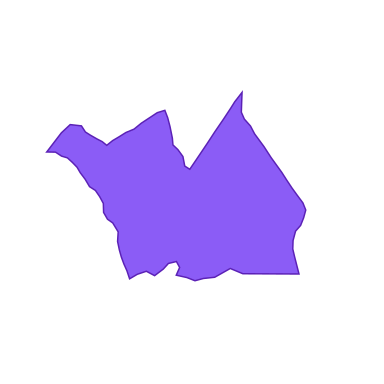 outline of Pindoretama, Ceará, Brazil, rotated 226°
{"feature_id": "56859067B47488412612818", "entity_name": "Pindoretama", "entity_type": "district", "adm_level": 2, "iso_a3": "BRA", "parent_name": "Brazil", "parent_adm1": "Ceará", "projection": "natural_earth1", "projection_center": [-38.296, -4.057], "detail": "fine", "context": "isolated", "style": "filled", "palette": "violet", "viewbox_px": 384, "rotation_deg": 226, "n_neighbors": 0, "source": "geoboundaries", "source_scale": "gbopen_adm2", "svg_char_len": 1212}
<svg xmlns="http://www.w3.org/2000/svg" viewBox="0 0 384 384"><g transform="rotate(226 192 192)"><path d="M58.7,212.0L74.3,220.9L81.0,224.9L86.9,231.0L91.9,239.3L92.5,246.9L95.9,254.4L100.0,261.3L107.1,264.2L117.1,265.5L125.5,266.7L134.8,268.4L143.7,270.2L161.8,272.8L174.6,275.3L182.0,276.3L190.3,277.4L198.8,279.9L208.1,280.3L215.1,282.9L221.6,289.6L228.9,297.2L227.2,285.4L225.4,278.1L222.6,265.6L219.5,250.5L216.4,236.9L212.1,216.7L209.9,206.2L215.7,204.8L223.8,210.1L232.3,211.3L239.1,211.0L244.4,215.3L254.3,221.6L262.3,226.1L269.6,229.2L273.2,222.1L276.7,203.4L277.5,194.0L280.7,185.8L282.3,178.2L284.1,170.6L284.8,163.1L290.6,162.4L296.2,160.5L303.4,158.4L309.2,157.0L316.4,158.4L325.1,151.2L325.3,139.1L321.7,115.3L315.5,121.5L308.4,123.1L303.1,126.1L296.2,126.5L289.6,126.5L283.5,125.0L275.4,124.0L267.0,122.0L260.2,123.6L253.0,122.4L245.4,120.3L238.7,114.2L231.1,112.3L224.8,113.5L214.6,111.2L208.1,104.1L200.8,99.5L194.3,96.0L187.5,93.0L180.6,90.5L172.9,86.8L170.8,95.5L166.7,104.1L157.8,107.0L156.5,117.8L157.0,125.4L152.8,132.5L146.3,130.7L143.1,122.9L134.0,128.9L126.1,132.5L121.9,140.1L114.9,149.1L110.4,166.4L97.9,171.8L58.7,212.0Z" fill="#8b5cf6" stroke="#5b21b6" stroke-width="1.5"/></g></svg>